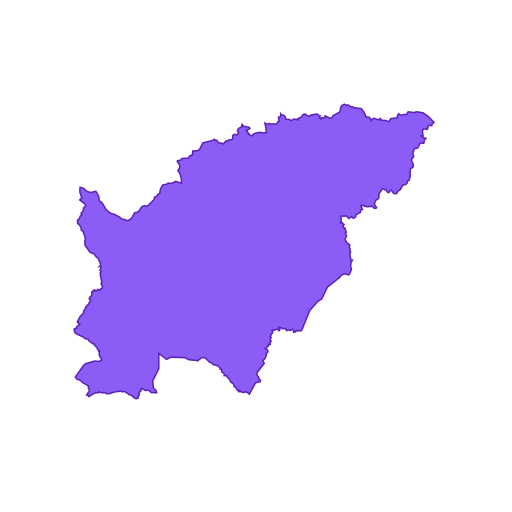 outline of Alto Molocue, Zambezia, Mozambique, rotated 258°
{"feature_id": "85939544B55280380491119", "entity_name": "Alto Molocue", "entity_type": "district", "adm_level": 2, "iso_a3": "MOZ", "parent_name": "Mozambique", "parent_adm1": "Zambezia", "projection": "albers", "projection_center": [37.642, -15.703], "detail": "fine", "context": "isolated", "style": "filled", "palette": "violet", "viewbox_px": 512, "rotation_deg": 258, "n_neighbors": 0, "source": "geoboundaries", "source_scale": "gbopen_adm2", "svg_char_len": 6059}
<svg xmlns="http://www.w3.org/2000/svg" viewBox="0 0 512 512"><g transform="rotate(258 256 256)"><path d="M248.8,83.9L246.9,85.2L246.1,84.9L245.5,83.3L244.1,82.6L241.2,78.5L239.4,77.7L238.0,75.9L236.3,75.6L233.0,71.0L229.9,68.5L229.0,68.5L229.0,67.0L228.6,68.0L227.4,68.0L225.7,69.4L224.1,65.7L222.8,65.5L222.5,63.1L221.5,62.7L218.8,62.9L217.2,64.1L212.4,70.5L210.7,71.6L209.6,74.3L207.4,75.2L204.1,78.2L204.1,79.3L203.0,79.2L199.3,81.5L197.6,81.5L196.6,82.6L195.7,82.2L195.0,83.3L193.6,82.4L190.8,82.1L187.0,83.6L186.3,83.2L185.5,80.4L186.8,76.5L186.1,66.9L185.0,64.8L175.2,54.1L172.8,55.1L170.8,58.5L168.8,59.6L163.5,65.3L161.8,64.5L160.2,65.2L158.1,64.5L156.9,62.9L155.5,62.5L155.4,60.6L155.2,62.2L153.2,63.3L155.0,68.2L155.6,71.0L154.9,73.4L155.8,74.2L154.3,76.5L153.6,80.3L152.4,81.1L151.8,83.9L152.4,89.5L151.9,96.0L151.0,96.9L150.6,99.6L146.9,103.0L145.3,105.7L143.3,106.7L141.3,109.0L141.4,111.1L142.7,111.4L145.0,113.3L147.0,113.3L147.8,115.1L150.2,116.7L147.2,120.1L147.7,121.6L146.0,124.0L144.3,125.0L142.8,130.4L145.1,130.3L148.4,128.2L155.4,129.0L166.0,137.5L181.0,140.7L173.5,147.0L174.7,151.7L171.3,165.4L168.4,168.9L166.2,176.3L165.5,176.9L167.7,181.4L167.6,183.6L166.6,185.3L161.9,188.4L160.5,190.6L158.9,191.2L156.3,196.2L153.7,197.6L152.9,197.3L152.3,198.8L149.9,198.3L148.1,200.0L146.4,200.5L145.6,200.0L144.7,202.9L143.5,202.6L140.8,204.5L137.8,205.1L136.0,207.2L132.6,207.6L131.6,208.9L128.8,209.7L127.9,210.6L128.0,211.8L126.9,211.1L126.3,213.7L125.6,214.0L125.0,216.0L125.4,217.3L124.2,219.4L122.2,220.7L132.0,229.1L132.2,233.9L133.5,234.6L135.6,233.2L136.9,233.4L139.1,232.3L141.5,232.6L149.3,241.8L151.9,240.8L153.9,243.5L156.4,245.3L158.2,245.6L159.8,247.8L161.9,247.7L163.6,245.8L165.5,249.6L166.9,249.8L166.4,251.1L166.8,251.7L168.6,251.7L169.4,253.1L170.9,252.4L173.3,253.9L174.3,253.0L177.8,256.5L179.9,256.2L179.6,258.8L180.2,260.6L179.6,262.1L178.1,262.9L179.1,264.2L181.5,263.5L180.5,265.8L179.4,266.7L179.0,269.5L176.6,270.5L176.9,272.6L176.0,274.2L176.8,276.5L175.0,277.7L173.9,276.8L173.5,277.0L173.6,278.9L174.6,279.9L173.9,281.3L174.4,282.3L173.3,284.2L174.1,285.5L191.5,297.2L198.8,307.1L200.4,311.4L210.7,319.4L217.6,333.3L219.6,335.7L220.2,338.6L218.3,342.7L219.0,343.9L223.4,346.7L226.5,346.4L230.0,347.7L231.9,349.5L232.4,348.0L237.9,348.0L240.3,349.4L241.9,348.8L242.7,349.4L245.2,349.2L247.4,350.0L249.5,348.1L253.5,346.4L256.9,348.8L258.6,348.3L260.1,348.5L260.4,349.2L265.1,348.7L265.4,347.4L266.7,347.1L268.6,348.7L269.6,347.5L270.7,347.4L270.9,345.4L272.8,346.8L277.1,347.3L277.3,348.6L276.4,350.4L276.7,352.4L273.3,354.7L274.7,357.4L272.7,359.0L272.9,360.3L273.6,361.7L274.9,361.9L275.8,363.0L276.8,367.0L279.2,368.1L279.4,369.8L283.6,369.1L283.2,371.5L282.4,372.0L281.1,374.9L280.3,380.3L278.0,381.6L277.8,383.4L278.2,384.0L281.7,382.6L283.5,383.3L285.7,384.7L286.1,386.7L287.2,388.2L291.2,389.2L295.2,393.3L295.3,394.1L293.4,396.9L290.5,398.3L290.7,399.7L292.3,400.8L291.9,402.2L288.5,403.7L287.7,406.4L290.0,408.5L290.9,411.0L294.9,414.3L294.7,416.8L295.6,418.8L297.9,419.8L298.2,421.5L301.3,423.2L309.1,425.0L310.0,427.7L310.9,428.6L313.8,428.7L317.7,427.8L320.4,430.9L323.6,430.7L327.6,432.9L328.3,434.0L327.8,435.8L328.3,437.0L332.5,440.1L331.4,442.9L331.7,443.9L333.9,444.4L335.7,446.6L336.6,444.6L339.0,442.6L338.8,444.4L343.5,444.7L345.6,446.4L344.2,449.6L345.4,450.8L347.1,451.1L347.7,452.4L347.0,455.1L348.6,455.8L349.8,457.9L356.9,453.3L361.3,449.2L363.8,442.7L363.3,441.0L365.4,434.8L363.2,432.7L363.7,429.3L363.3,427.4L365.4,425.1L364.0,423.6L361.8,423.0L362.4,416.4L359.8,414.0L361.6,410.9L362.9,406.5L364.6,406.3L363.8,404.1L366.2,400.0L365.6,397.9L364.6,396.9L368.1,395.8L369.0,392.7L373.8,391.7L378.3,389.6L380.9,382.1L382.0,381.5L382.0,380.0L384.6,377.6L384.9,375.4L386.1,374.0L385.3,371.3L383.9,369.9L379.6,368.1L377.2,360.4L375.6,359.3L375.3,357.2L378.8,352.7L376.9,352.1L377.6,349.7L376.5,348.4L377.3,348.2L377.4,347.2L378.7,347.1L379.5,347.9L379.6,347.0L381.6,346.1L382.3,344.9L382.5,338.9L381.6,336.9L383.2,334.5L384.5,333.9L384.8,332.6L384.3,330.8L383.3,330.4L382.3,328.3L381.7,325.5L380.5,325.6L382.1,321.5L381.1,318.8L382.7,316.8L383.5,313.5L386.1,313.6L388.2,312.1L388.7,310.1L389.8,309.7L387.4,308.9L387.0,306.7L383.1,306.7L383.0,305.6L381.3,304.3L380.9,301.6L381.6,300.9L381.9,298.0L383.0,296.4L382.6,295.6L383.3,293.1L384.1,292.4L374.5,292.0L374.9,288.7L376.3,285.2L376.1,279.7L374.5,276.6L375.3,275.1L376.9,274.7L376.7,273.9L379.2,273.7L380.9,272.6L381.7,276.1L382.1,276.6L383.3,276.1L385.5,270.9L387.6,269.7L386.1,269.1L385.6,269.7L384.3,265.3L382.4,263.8L380.2,264.7L378.3,262.4L379.6,260.2L378.6,258.2L375.9,257.6L374.8,256.6L375.2,253.2L374.2,252.0L374.8,250.5L372.4,247.2L373.7,245.6L374.5,242.8L377.4,241.7L377.4,240.3L378.9,239.5L378.1,238.4L377.7,227.5L372.4,223.3L371.2,221.2L371.8,215.9L368.2,214.9L367.8,212.0L365.8,210.3L366.8,203.9L365.5,202.1L365.5,199.1L365.1,198.6L360.6,200.3L358.1,199.6L355.8,197.4L351.8,198.8L347.0,199.0L342.7,198.3L345.8,192.7L344.9,190.5L344.8,187.2L345.6,185.3L344.7,183.3L345.0,180.0L344.3,178.8L340.6,176.1L337.4,174.9L336.4,172.4L335.0,171.3L334.7,169.1L332.4,168.0L328.1,161.4L327.4,159.6L328.3,157.5L328.2,154.9L323.7,150.0L323.5,146.2L319.0,142.4L317.6,139.6L317.4,137.1L319.3,134.7L319.7,132.7L322.1,130.9L326.1,126.3L328.0,122.7L330.4,120.6L333.1,118.9L339.8,116.6L342.5,114.3L347.3,114.5L352.7,112.7L352.4,108.4L353.3,105.7L355.0,103.3L358.1,101.5L359.8,98.2L355.4,97.0L349.1,97.6L347.5,95.2L342.4,99.5L340.6,99.8L338.6,97.1L336.8,96.8L334.8,95.0L334.3,93.8L332.3,94.1L331.8,92.6L328.7,90.3L328.1,88.8L324.7,88.3L323.7,89.4L319.9,91.0L318.5,90.4L316.9,91.0L316.2,92.2L313.6,92.0L312.0,92.7L307.5,92.5L306.7,91.8L302.2,91.0L294.3,94.3L291.6,98.2L288.3,99.5L286.9,101.0L280.6,102.3L278.9,101.8L278.2,100.6L278.0,102.0L277.1,102.5L274.6,100.4L273.7,101.3L272.8,101.2L272.3,100.3L269.5,99.8L262.1,99.7L261.4,98.7L258.0,99.5L256.6,98.9L255.9,96.9L254.9,96.2L256.3,94.3L255.0,92.4L256.4,91.0L256.3,90.5L255.5,90.7L255.8,89.2L254.8,87.8L251.4,87.2L250.7,85.4L248.8,83.9Z" fill="#8b5cf6" stroke="#5b21b6" stroke-width="1.5"/></g></svg>